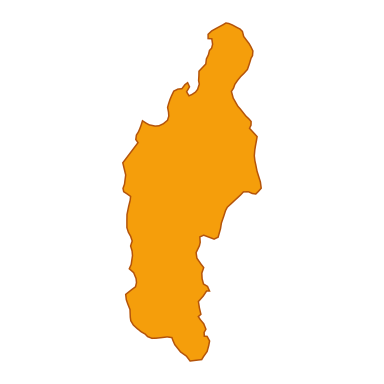 outline of Quatipuru, Pará, Brazil
{"feature_id": "56859067B99309548374267", "entity_name": "Quatipuru", "entity_type": "district", "adm_level": 2, "iso_a3": "BRA", "parent_name": "Brazil", "parent_adm1": "Pará", "projection": "natural_earth1", "projection_center": [-47.01, -0.859], "detail": "fine", "context": "isolated", "style": "filled", "palette": "amber", "viewbox_px": 384, "rotation_deg": 0, "n_neighbors": 0, "source": "geoboundaries", "source_scale": "gbopen_adm2", "svg_char_len": 2262}
<svg xmlns="http://www.w3.org/2000/svg" viewBox="0 0 384 384"><path d="M201.7,359.6L203.5,356.6L207.1,351.5L208.7,345.7L209.6,341.0L207.1,336.4L204.3,336.2L204.1,332.4L205.9,329.2L203.7,323.7L200.4,319.8L198.3,316.6L200.9,314.3L199.4,308.0L198.4,301.5L203.2,296.1L206.6,291.0L209.5,291.0L207.5,286.4L203.5,284.0L202.1,278.8L201.8,273.1L203.7,267.6L200.9,264.0L196.9,258.2L196.1,252.6L199.4,245.8L200.2,242.3L199.8,236.9L203.7,235.2L214.1,239.1L218.1,237.2L220.5,228.7L221.4,223.0L223.7,216.3L225.6,210.4L227.3,207.2L240.4,195.1L243.4,191.9L248.5,191.8L252.3,193.5L255.8,194.0L258.5,191.3L261.2,188.2L260.4,182.0L257.0,171.1L255.8,165.0L254.9,160.9L254.3,155.8L254.8,149.9L255.4,146.2L256.5,140.3L257.1,136.6L249.5,128.3L251.0,125.2L251.1,121.5L248.9,118.9L245.8,116.0L243.2,112.7L240.3,109.0L237.8,106.2L233.2,98.1L231.4,91.4L233.5,88.2L234.8,84.4L237.6,80.3L240.7,76.5L243.7,73.6L247.4,69.5L248.9,65.2L250.0,61.7L251.0,58.3L252.5,55.6L252.9,51.0L251.0,47.0L249.2,43.8L246.4,40.1L243.7,36.5L242.4,31.4L240.0,29.0L237.0,27.5L232.4,25.0L228.8,23.5L225.9,23.0L223.1,24.7L220.1,26.3L216.0,28.5L211.7,30.9L208.1,34.3L208.1,38.6L211.8,38.8L212.6,44.3L211.6,48.2L209.5,50.4L208.4,54.8L206.4,58.9L205.8,64.0L201.6,68.4L199.0,71.2L198.9,75.8L198.6,80.5L199.3,84.1L197.6,89.4L195.5,92.1L192.1,94.4L189.0,95.8L186.6,91.8L189.5,86.8L187.6,82.7L185.0,84.6L181.9,88.7L177.9,89.1L173.8,91.1L171.6,95.7L170.0,99.5L168.5,104.1L167.6,107.4L168.5,112.1L168.8,116.1L167.5,120.3L163.4,123.7L159.0,125.8L155.1,126.1L151.9,125.4L149.3,124.9L146.2,123.2L142.5,120.8L141.1,125.2L139.7,129.0L138.3,132.1L136.4,135.1L135.8,139.5L138.0,142.7L122.8,162.8L125.7,175.0L124.5,184.2L123.0,188.4L123.7,191.7L127.1,193.9L130.6,196.4L130.2,200.2L128.7,206.2L127.0,214.5L126.9,220.7L126.9,227.6L128.4,232.3L130.6,236.2L132.2,241.0L130.6,246.0L132.1,251.0L132.5,255.6L131.2,264.5L129.3,268.8L133.7,272.7L136.1,278.6L136.5,282.7L135.5,286.8L131.7,289.6L125.7,294.4L126.3,299.7L127.8,304.0L130.0,309.5L130.3,317.2L130.8,320.8L133.4,325.1L137.1,328.5L141.2,331.8L145.1,334.0L147.6,336.6L151.9,338.3L156.0,338.2L163.3,337.4L167.2,336.9L171.9,337.6L173.0,340.6L174.8,344.7L177.2,347.7L180.6,352.0L186.4,356.1L190.1,361.0L198.2,360.0L201.7,359.6Z" fill="#f59e0b" stroke="#b45309" stroke-width="1.5"/></svg>